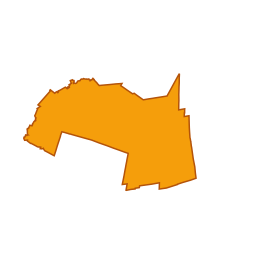 the district of Vinh Thanh, Can Tho, Vietnam, rotated 219°
{"feature_id": "81297802B96455619083063", "entity_name": "Vinh Thanh", "entity_type": "district", "adm_level": 2, "iso_a3": "VNM", "parent_name": "Vietnam", "parent_adm1": "Can Tho", "projection": "robinson", "projection_center": [105.44, 10.207], "detail": "fine", "context": "isolated", "style": "filled", "palette": "amber", "viewbox_px": 256, "rotation_deg": 219, "n_neighbors": 0, "source": "geoboundaries", "source_scale": "gbopen_adm2", "svg_char_len": 4895}
<svg xmlns="http://www.w3.org/2000/svg" viewBox="0 0 256 256"><g transform="rotate(219 128 128)"><path d="M212.5,108.1L212.0,107.9L211.7,107.8L211.9,102.9L212.2,96.0L212.5,89.3L209.8,89.6L209.7,89.6L210.8,86.2L210.4,86.3L209.2,82.4L208.6,80.7L208.2,78.9L207.8,78.6L207.6,78.5L206.8,78.1L206.4,78.0L206.0,78.0L205.9,78.0L205.8,77.9L205.8,77.7L205.7,77.5L205.7,77.3L205.7,77.1L205.6,76.8L205.6,76.7L205.2,76.6L205.1,76.4L204.7,76.0L204.5,75.8L204.5,75.7L204.4,75.4L204.5,75.3L204.8,75.5L204.9,75.4L205.0,75.3L205.0,75.2L204.9,75.0L204.9,74.9L205.0,74.7L205.1,73.5L204.9,72.7L204.7,70.7L204.3,70.6L204.1,69.9L204.0,69.3L206.0,68.4L205.7,67.5L205.3,65.6L205.0,65.1L205.2,64.7L205.3,64.8L205.8,64.3L205.8,64.1L205.7,63.7L205.4,63.3L204.7,62.7L204.4,62.6L204.2,62.3L204.1,62.1L204.0,61.9L203.8,61.7L203.5,61.4L203.0,60.7L202.8,60.5L202.5,60.3L202.2,59.9L201.9,59.7L201.6,59.7L201.4,59.7L201.5,59.6L201.6,59.4L201.7,59.2L201.8,58.8L202.0,58.8L202.4,58.7L202.5,58.6L202.9,58.5L203.1,58.3L203.2,58.2L203.0,57.7L202.9,57.4L202.6,57.2L202.7,56.9L202.5,55.9L202.7,55.7L202.9,55.7L203.0,55.6L202.9,55.4L202.7,55.3L202.7,55.2L202.7,54.8L202.7,54.7L202.4,54.5L202.3,54.4L202.2,54.3L202.2,54.2L200.6,53.4L198.5,55.3L198.1,54.6L194.0,54.7L193.6,55.1L188.0,56.2L186.6,56.4L186.4,56.5L185.4,57.0L185.1,57.3L184.7,57.6L184.3,57.7L184.2,57.8L184.1,58.0L183.9,58.1L183.7,58.2L183.4,57.5L183.2,56.7L182.7,57.0L182.2,57.3L182.0,57.5L181.8,57.6L181.7,57.8L181.3,58.2L181.0,58.4L181.0,58.6L181.0,58.8L178.5,57.9L178.2,58.0L174.8,58.7L169.9,59.6L167.9,60.0L169.9,65.2L171.6,69.3L172.9,72.7L174.1,75.9L174.2,76.1L175.2,78.8L175.6,79.6L175.8,79.8L176.5,81.9L177.0,83.5L176.5,83.7L174.3,84.7L173.3,85.1L173.0,85.2L171.9,85.7L171.0,86.1L170.3,86.3L169.9,86.4L169.7,86.5L169.3,86.9L168.8,87.1L167.5,87.6L162.6,89.7L152.9,93.9L150.2,95.1L148.5,95.8L141.4,98.1L137.2,99.6L135.5,100.2L133.6,100.9L130.3,102.0L130.0,102.1L126.6,103.2L121.3,105.1L120.7,105.3L114.6,107.4L111.9,108.4L111.1,107.0L108.8,102.6L108.2,101.6L106.2,97.8L104.8,95.3L103.2,92.3L101.3,88.9L98.1,82.8L97.4,81.4L96.9,80.5L93.5,84.0L92.6,82.4L90.4,78.4L90.1,78.5L88.6,80.3L87.1,82.1L84.1,85.1L84.5,85.7L81.7,88.8L82.6,90.4L82.0,91.0L74.3,99.2L69.1,105.2L65.3,100.2L60.4,105.5L58.6,108.2L54.0,115.2L54.2,115.4L51.2,120.1L48.0,124.7L47.6,125.3L47.2,125.9L46.8,126.4L43.5,131.8L47.4,135.5L51.7,139.9L57.8,145.0L66.5,153.1L67.4,153.8L70.4,156.7L70.5,156.9L70.6,157.0L70.9,157.1L72.6,158.6L73.9,159.6L74.8,160.6L77.6,163.6L80.6,166.9L83.1,169.8L88.3,175.9L91.5,172.3L93.7,175.2L93.5,175.4L95.2,177.5L96.0,178.6L100.0,174.0L104.2,179.3L105.5,181.1L108.0,184.1L109.6,186.0L112.1,189.3L114.5,192.4L116.6,195.3L119.8,199.3L121.7,201.9L122.1,202.3L122.3,202.6L121.9,200.0L118.6,181.9L117.8,177.4L124.2,170.3L126.2,168.1L127.6,166.5L130.1,163.8L133.8,159.6L134.0,159.5L135.5,159.4L141.8,159.0L144.2,158.9L145.0,158.9L145.9,157.5L146.1,157.5L146.6,157.4L152.6,156.9L157.3,156.6L160.3,156.3L160.7,158.8L162.7,156.9L165.4,154.4L166.6,153.2L169.5,150.3L172.3,147.6L175.4,144.6L177.1,142.9L179.5,143.2L180.5,143.5L183.1,143.8L184.8,144.0L184.8,144.3L186.5,144.5L186.5,144.2L186.5,143.5L186.4,142.6L186.8,142.2L187.0,142.2L187.3,141.9L187.3,141.7L187.2,141.6L187.1,141.4L187.0,141.2L187.2,140.9L187.3,141.0L187.5,141.1L188.3,141.1L188.6,141.1L188.8,141.3L189.0,141.5L189.3,141.4L189.6,141.2L189.8,140.9L190.2,140.5L190.4,140.1L190.5,140.0L190.8,140.0L191.0,140.0L191.2,139.9L191.5,139.5L191.6,139.4L192.3,139.0L193.1,138.6L193.3,138.5L193.6,138.5L193.8,138.2L193.9,137.8L193.9,137.6L194.1,137.4L194.5,137.0L194.8,136.9L195.0,136.8L195.1,136.6L195.2,136.2L195.3,135.9L195.3,135.7L195.1,135.0L195.1,134.8L195.1,134.6L195.2,134.4L195.4,134.2L195.9,133.7L196.1,133.5L196.4,133.1L196.5,132.9L196.6,132.6L196.6,132.4L196.5,132.2L196.4,131.8L196.3,131.4L196.3,131.0L196.3,130.8L196.4,130.4L196.4,130.2L196.5,130.0L196.8,129.7L197.0,129.4L197.5,129.3L197.8,129.2L198.1,128.8L198.3,128.9L198.7,128.8L198.7,128.7L198.8,128.8L198.9,129.0L199.1,129.1L199.1,129.4L199.0,129.9L199.0,130.0L199.3,130.3L199.5,130.6L199.7,130.8L199.8,130.9L200.0,130.9L201.2,130.2L201.6,130.4L202.7,128.5L201.5,127.8L200.8,127.4L200.1,127.1L200.8,125.2L200.9,124.8L200.6,124.9L200.4,125.0L200.4,124.9L200.2,124.8L200.2,124.7L200.3,123.9L200.3,123.7L200.2,123.4L200.1,123.2L199.8,123.0L199.7,123.0L199.3,123.0L199.2,122.9L199.1,122.6L199.3,122.3L199.5,122.3L199.8,122.4L200.0,122.5L200.2,122.4L200.5,122.2L200.7,121.8L200.7,121.7L200.4,121.4L200.2,121.4L199.9,121.5L199.7,121.5L199.6,121.4L199.6,121.1L199.7,120.7L199.9,120.4L200.1,120.3L200.3,120.2L200.6,120.2L201.2,120.3L201.6,120.4L201.9,120.3L202.0,120.3L202.4,120.3L204.5,114.9L205.0,113.8L205.4,113.2L205.5,113.1L205.4,112.9L205.0,112.6L204.9,112.5L204.9,112.4L204.8,112.1L204.8,111.8L204.8,111.3L205.0,111.3L205.9,111.6L206.1,111.6L206.6,110.4L206.8,108.9L207.4,108.9L212.4,108.8L212.5,108.1Z" fill="#f59e0b" stroke="#b45309" stroke-width="1.5"/></g></svg>